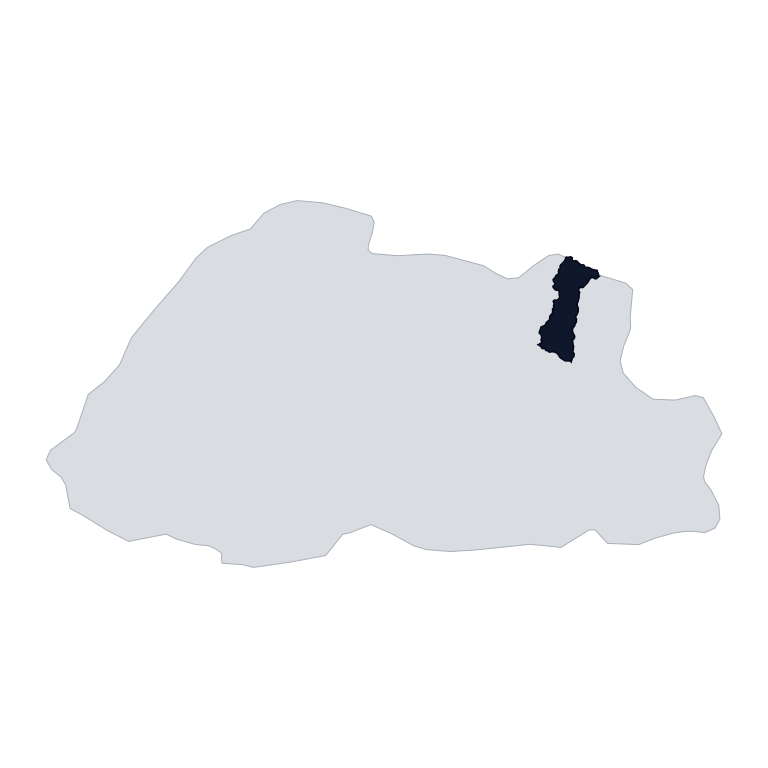 Khoma, Lhuntshi, Bhutan (highlighted)
{"feature_id": "84629894B14168855768935", "entity_name": "Khoma", "entity_type": "district", "adm_level": 2, "iso_a3": "BTN", "parent_name": "Bhutan", "parent_adm1": "Lhuntshi", "projection": "mercator", "projection_center": [91.309, 27.836], "detail": "fine", "context": "in_parent", "style": "filled", "palette": "ink", "viewbox_px": 768, "rotation_deg": 0, "n_neighbors": 0, "source": "geoboundaries", "source_scale": "gbopen_adm2", "svg_char_len": 7252}
<svg xmlns="http://www.w3.org/2000/svg" viewBox="0 0 768 768"><path d="M630.7,326.8L629.5,332.0L623.8,345.8L620.1,360.7L623.2,373.0L636.0,387.6L653.2,399.2L675.0,400.1L695.2,395.6L703.2,397.5L714.1,416.9L721.9,433.8L711.4,451.1L705.6,466.3L703.5,477.1L704.8,481.8L711.3,490.5L718.8,505.4L719.9,519.1L715.1,528.1L704.7,532.6L693.7,531.3L684.6,531.5L673.2,533.1L655.3,538.1L638.7,544.6L607.6,543.4L595.1,529.9L589.2,529.9L560.9,547.4L530.1,544.3L473.9,550.1L450.4,551.5L426.3,549.6L414.1,545.9L391.4,533.6L370.8,524.6L349.9,532.8L342.6,534.3L325.8,555.4L289.4,562.3L253.2,567.4L242.5,564.6L222.1,563.3L221.3,558.4L222.0,553.6L217.3,549.9L209.0,545.9L194.8,544.3L176.5,539.1L166.0,534.1L128.8,541.4L107.1,530.4L82.5,515.1L70.1,508.5L65.6,484.9L61.2,477.3L51.5,469.3L46.1,459.9L50.4,450.3L74.9,432.2L76.9,428.0L88.3,394.3L104.0,382.1L119.5,365.0L131.3,337.9L154.0,310.1L178.9,281.5L196.0,258.2L207.4,247.4L230.8,235.7L250.4,228.9L263.9,213.2L280.3,204.5L297.1,200.6L322.0,202.7L345.6,208.3L371.3,216.1L374.3,222.4L372.1,233.4L368.4,244.7L368.2,250.4L372.2,253.6L397.4,255.7L428.3,254.0L445.6,255.5L484.1,265.9L495.4,273.2L507.2,278.8L518.7,277.8L533.3,265.8L548.6,255.6L558.2,254.0L565.0,257.3L577.3,267.0L602.7,276.1L625.4,283.0L632.7,289.5L630.2,317.5L630.7,326.8Z" fill="#d9dde1" stroke="#a8b0b8" stroke-width="1"/><path d="M599.3,276.4L598.7,276.1L598.2,273.0L597.2,271.9L597.2,271.7L597.3,271.3L597.3,271.2L597.4,270.6L597.2,270.3L596.3,270.3L595.9,270.2L595.5,270.2L595.0,270.0L594.2,269.8L593.8,269.7L593.6,269.7L593.4,269.7L593.1,269.8L592.6,269.8L592.4,269.4L592.1,269.1L591.8,269.1L590.2,268.3L589.8,267.9L589.1,267.8L588.6,267.4L588.1,267.4L587.6,267.3L587.2,267.4L586.8,267.4L585.9,267.4L585.5,267.3L585.2,267.1L585.0,266.8L584.8,266.4L584.5,265.9L584.1,265.3L583.8,265.0L583.5,264.8L583.1,264.9L582.4,264.9L582.0,265.0L581.6,264.9L581.3,264.8L581.1,264.7L580.7,264.6L580.2,264.3L579.9,263.9L579.5,263.6L579.1,263.4L578.8,263.1L578.3,262.7L578.0,262.2L577.7,261.9L577.5,261.5L577.1,261.1L576.8,261.1L576.5,261.0L576.3,260.8L576.0,260.8L575.9,260.8L575.7,260.7L575.5,261.0L575.2,260.9L574.8,260.9L574.3,260.8L573.6,260.9L573.2,260.9L572.4,260.7L572.1,259.9L572.4,259.5L572.1,258.5L572.4,257.9L572.1,257.6L571.4,257.1L570.7,256.8L570.4,256.8L568.7,257.2L568.1,257.2L566.9,257.2L566.6,257.1L566.1,257.1L565.9,257.2L565.1,260.0L563.2,262.5L562.8,262.8L562.7,263.1L562.4,263.1L562.2,263.4L562.0,263.7L561.0,264.5L560.3,265.4L560.4,266.5L560.0,266.6L560.2,267.0L560.3,267.6L560.3,268.1L560.0,268.4L559.5,269.0L558.7,269.3L558.7,269.6L558.7,270.2L558.6,270.8L558.4,271.4L558.6,272.1L558.5,272.6L558.4,273.3L558.3,274.0L557.8,274.4L557.1,274.7L556.4,275.2L555.9,275.6L555.7,276.1L555.6,276.6L555.5,277.0L555.3,277.1L554.5,277.9L553.9,278.7L553.3,279.2L553.1,279.6L553.2,280.4L553.6,281.5L553.9,282.0L554.2,282.3L554.9,283.2L555.0,284.1L554.9,284.6L554.5,284.8L554.0,285.2L553.3,285.8L553.0,286.4L552.9,286.9L553.4,287.7L554.2,288.5L554.8,289.4L555.3,289.9L556.5,290.1L557.4,290.3L558.3,290.5L558.9,291.1L559.1,291.5L559.2,292.2L559.3,292.8L559.1,293.5L559.1,294.2L559.2,294.9L559.4,295.7L559.6,296.9L559.5,297.9L558.6,298.8L558.2,299.3L558.0,299.5L557.4,300.0L556.9,300.1L554.7,300.1L554.4,300.0L553.8,300.5L553.4,301.0L553.2,301.4L553.2,301.7L553.7,302.5L554.0,303.5L554.0,303.9L553.9,304.5L553.5,305.8L553.5,306.5L553.8,307.4L553.7,308.2L552.5,308.8L552.6,309.4L552.6,310.1L552.6,310.8L552.6,311.5L552.3,313.1L552.1,313.6L551.4,314.4L550.7,315.0L550.4,315.2L550.2,315.6L550.0,316.1L549.8,316.5L549.7,316.9L549.6,317.3L549.7,317.7L549.6,318.2L549.6,318.6L549.4,319.8L549.2,320.2L548.8,320.6L548.5,320.8L548.1,321.0L547.7,321.2L547.4,321.4L547.0,321.8L546.5,322.4L546.2,322.7L546.0,323.5L545.8,324.0L545.1,325.0L544.9,325.3L544.6,325.5L544.2,325.8L543.7,325.9L543.3,326.0L542.7,326.3L541.3,326.9L541.0,327.1L540.8,327.3L540.8,327.8L540.7,328.2L540.5,328.6L540.4,329.2L540.4,329.6L540.1,330.0L539.9,330.3L539.7,330.6L539.7,331.0L539.5,331.7L539.3,332.1L539.2,332.3L539.2,332.8L539.3,333.0L539.5,333.4L539.9,333.8L540.2,333.9L540.7,334.4L540.9,334.8L541.1,335.0L541.3,335.7L541.4,336.0L541.4,336.3L541.5,336.8L541.7,337.5L541.6,338.1L541.5,338.4L541.4,338.7L541.3,338.9L541.2,339.3L541.0,339.7L541.0,340.0L541.0,340.3L541.5,341.0L541.7,341.3L542.2,341.8L541.9,342.1L540.9,343.0L539.6,343.8L539.1,344.3L538.7,344.5L538.4,344.6L538.1,344.6L537.9,344.7L538.0,344.8L538.8,345.1L539.1,345.1L539.4,345.1L539.6,345.2L539.7,345.3L539.8,345.4L539.9,345.6L540.0,346.1L540.2,346.3L540.5,346.3L541.0,346.4L541.1,346.6L541.3,346.9L541.4,347.2L541.6,347.4L541.6,347.6L541.6,348.0L541.9,348.3L542.5,348.4L542.7,348.6L543.1,348.7L544.1,348.5L544.4,348.4L544.8,348.4L545.1,348.7L545.2,348.9L545.3,349.7L545.5,350.0L545.7,350.3L546.3,350.7L546.5,350.6L546.8,350.5L547.0,350.5L547.5,350.6L547.8,350.8L548.0,351.0L548.4,351.5L548.8,351.8L549.3,352.1L549.7,352.1L550.1,352.1L550.5,352.0L551.3,351.8L552.1,351.8L552.5,351.8L552.7,351.7L553.0,351.7L553.8,352.0L555.1,352.2L557.0,353.3L558.7,355.2L559.2,356.3L559.3,356.7L560.1,357.4L560.6,358.1L562.0,358.8L562.8,359.4L563.8,360.1L564.7,360.6L565.2,360.9L565.6,360.9L566.2,360.9L567.5,360.9L568.2,360.9L568.9,360.9L569.5,360.9L570.0,361.1L570.7,361.6L571.2,362.0L571.2,361.8L571.4,361.0L571.9,360.0L572.0,359.4L572.3,358.2L572.7,357.6L573.7,357.0L574.0,355.6L574.2,354.6L574.2,354.1L573.7,352.9L572.9,351.8L572.9,351.0L573.4,349.2L573.2,348.1L573.4,347.5L573.7,347.0L573.6,346.3L573.2,345.5L573.2,344.7L572.9,343.5L572.9,342.5L572.6,341.9L572.4,340.9L572.7,340.3L573.8,339.0L574.5,338.0L574.7,336.4L574.5,335.5L573.9,334.6L573.5,333.8L573.1,332.7L572.4,332.0L572.4,331.8L572.7,330.7L572.6,329.9L572.3,329.2L572.8,328.5L572.8,328.2L573.0,327.9L573.4,327.4L573.6,327.2L574.3,326.4L574.6,326.0L574.7,325.6L574.8,325.3L575.0,324.9L575.1,324.1L575.3,323.6L575.9,322.9L576.1,322.6L576.2,322.3L576.3,322.0L576.4,321.6L576.4,321.2L576.4,320.8L576.3,320.3L576.6,319.5L576.6,319.2L576.2,318.4L576.0,317.9L575.9,317.6L575.7,317.2L575.5,316.8L575.7,316.5L575.8,316.1L576.2,315.7L576.5,315.4L576.8,314.9L577.0,314.5L577.0,314.1L577.2,313.6L577.7,313.0L577.7,312.6L577.9,312.2L578.1,312.0L578.3,311.8L578.3,311.3L578.2,310.9L578.1,310.5L578.1,310.1L578.2,309.6L578.3,309.1L578.3,308.7L578.3,308.2L578.0,307.4L577.6,306.4L577.4,306.0L577.3,305.6L577.2,305.2L577.2,304.8L577.2,304.5L577.2,304.0L577.2,303.6L577.3,303.1L577.5,302.6L578.0,301.9L578.1,301.6L578.1,301.1L578.3,300.8L578.4,300.5L578.4,300.0L578.6,299.2L578.9,298.5L579.0,298.1L579.0,297.6L579.1,297.0L579.1,296.1L579.1,295.3L579.1,294.6L579.2,294.2L579.2,293.9L579.4,293.6L579.5,292.9L579.6,292.4L579.6,292.0L579.4,291.6L579.1,291.2L578.6,290.9L578.4,290.5L578.5,290.1L578.6,289.6L578.8,289.2L579.1,288.8L579.3,288.5L579.5,288.1L579.7,287.8L579.8,287.4L581.4,287.4L581.8,287.6L582.2,287.7L582.6,287.6L583.3,287.2L583.7,286.8L584.3,286.2L584.9,285.5L585.3,285.0L585.9,284.4L586.6,283.8L587.2,283.1L587.5,282.8L588.2,281.7L588.4,281.4L588.8,280.7L589.3,279.7L589.5,279.3L589.8,279.0L590.2,278.7L591.0,277.9L591.4,277.7L591.7,277.5L592.0,277.5L592.9,277.6L593.3,277.8L593.6,278.0L594.4,278.4L594.7,278.6L595.0,278.7L595.3,278.8L595.7,278.8L596.1,278.9L596.4,278.7L596.7,278.5L597.0,278.2L597.4,277.8L597.6,277.5L599.3,276.4Z" fill="#0f172a" stroke="#020617" stroke-width="1.5"/></svg>